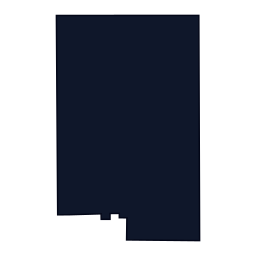 the district of Duval, Texas, United States of America
{"feature_id": "52423323B38482742195031", "entity_name": "Duval", "entity_type": "district", "adm_level": 2, "iso_a3": "USA", "parent_name": "United States of America", "parent_adm1": "Texas", "projection": "mercator", "projection_center": [-98.531, 27.66], "detail": "fine", "context": "isolated", "style": "filled", "palette": "ink", "viewbox_px": 256, "rotation_deg": 0, "n_neighbors": 0, "source": "geoboundaries", "source_scale": "gbopen_adm2", "svg_char_len": 305}
<svg xmlns="http://www.w3.org/2000/svg" viewBox="0 0 256 256"><path d="M198.8,15.4L174.0,15.4L56.4,15.5L57.7,214.8L69.6,214.7L101.1,213.8L101.2,219.3L110.0,219.3L110.0,213.5L119.3,213.4L119.3,217.7L126.9,217.8L126.6,239.9L199.6,240.6L198.8,15.4Z" fill="#0f172a" stroke="#020617" stroke-width="1.5"/></svg>